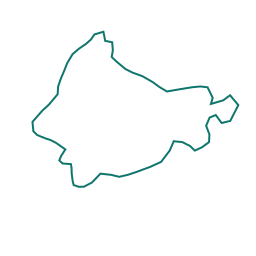 the district of Prastio Ammochostou, Cyprus, rotated 297°
{"feature_id": "46923920B46952699508518", "entity_name": "Prastio Ammochostou", "entity_type": "district", "adm_level": 2, "iso_a3": "CYP", "parent_name": "Cyprus", "parent_adm1": "", "projection": "robinson", "projection_center": [33.764, 35.159], "detail": "fine", "context": "isolated", "style": "outline", "palette": "teal", "viewbox_px": 256, "rotation_deg": 297, "n_neighbors": 0, "source": "geoboundaries", "source_scale": "gbopen_adm2", "svg_char_len": 997}
<svg xmlns="http://www.w3.org/2000/svg" viewBox="0 0 256 256"><g transform="rotate(297 128 128)"><path d="M63.0,120.6L74.8,124.2L78.6,134.2L80.5,142.3L86.3,149.2L93.2,156.0L98.8,161.1L103.4,165.4L112.9,172.9L126.8,175.4L137.0,174.8L140.1,182.9L140.1,191.6L138.2,197.8L144.6,202.8L152.2,206.6L159.2,203.5L165.5,196.6L174.4,196.0L179.4,200.3L175.0,209.1L180.7,215.9L189.6,215.9L198.5,215.9L203.5,204.1L195.9,200.3L187.1,191.0L193.4,189.7L200.4,180.4L197.8,173.5L193.4,166.6L185.2,155.4L178.2,146.1L178.8,137.3L180.1,129.2L180.7,117.4L179.4,106.8L179.4,98.7L182.0,87.5L183.9,81.2L190.2,79.3L197.2,75.0L195.3,68.1L202.6,62.4L196.1,55.6L190.0,54.8L183.9,52.4L176.6,48.4L168.7,45.1L157.9,44.4L150.9,45.1L142.0,45.7L133.2,46.9L126.2,50.0L112.9,46.9L104.6,43.8L90.1,40.1L82.1,45.2L80.5,50.4L81.3,59.6L82.1,64.0L82.1,70.3L80.5,81.9L72.7,81.1L67.9,81.5L66.7,85.9L69.9,93.5L66.7,95.9L62.2,98.3L55.7,102.7L52.5,105.5L53.3,111.0L55.7,115.4L63.0,120.6Z" fill="none" stroke="#0f766e" stroke-width="2"/></g></svg>